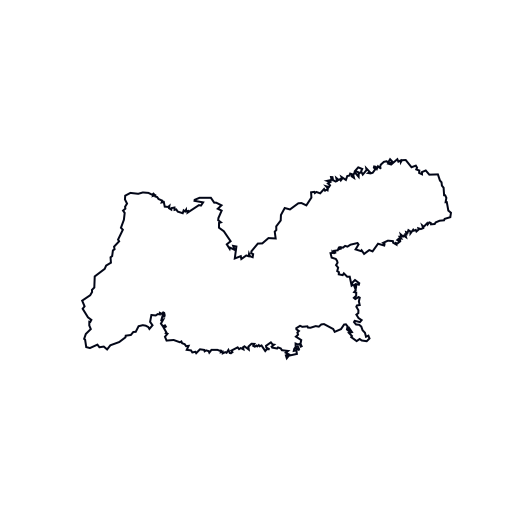 Alfred Nzo, Eastern Cape, South Africa, rotated 308°
{"feature_id": "47623444B30321887561170", "entity_name": "Alfred Nzo", "entity_type": "district", "adm_level": 2, "iso_a3": "ZAF", "parent_name": "South Africa", "parent_adm1": "Eastern Cape", "projection": "natural_earth1", "projection_center": [29.551, -30.65], "detail": "fine", "context": "isolated", "style": "outline", "palette": "ink", "viewbox_px": 512, "rotation_deg": 308, "n_neighbors": 0, "source": "geoboundaries", "source_scale": "gbopen_adm2", "svg_char_len": 6154}
<svg xmlns="http://www.w3.org/2000/svg" viewBox="0 0 512 512"><g transform="rotate(308 256 256)"><path d="M323.6,256.9L313.6,254.1L311.5,249.1L303.7,250.4L299.2,253.6L291.8,253.7L289.0,256.0L286.7,255.8L281.9,260.7L277.8,254.8L269.8,253.2L266.9,249.8L256.9,249.5L255.2,250.5L255.7,252.6L253.0,254.1L252.1,251.4L253.4,249.2L251.3,250.4L250.4,248.0L244.6,246.3L246.5,244.1L241.0,240.8L251.4,234.7L249.9,231.8L247.7,235.4L246.6,230.4L245.4,230.9L247.2,225.8L252.0,226.9L255.7,215.4L255.5,209.4L259.3,206.5L260.9,207.6L260.9,204.2L262.8,203.0L270.6,201.0L269.7,196.8L274.7,197.6L273.5,191.8L272.3,190.2L274.1,184.6L267.0,175.6L262.5,173.1L261.6,173.6L265.7,181.3L261.9,181.6L260.9,179.7L248.1,175.4L249.5,174.6L248.2,173.5L249.4,172.4L247.4,172.6L247.4,170.9L244.6,171.9L242.8,167.0L243.6,164.4L242.2,163.4L244.0,161.9L241.7,159.9L240.4,160.7L240.1,158.0L242.1,156.9L240.6,156.6L238.7,153.7L241.8,150.1L240.1,148.7L241.9,148.1L240.9,144.1L241.6,141.8L240.9,140.1L241.8,139.3L240.4,138.2L241.7,138.2L242.0,136.8L240.3,136.4L239.5,132.4L236.4,127.7L232.5,124.9L228.4,118.2L223.0,115.8L219.9,117.9L217.9,122.1L214.2,122.5L212.9,123.9L209.9,123.3L209.1,126.0L203.2,129.6L195.1,132.2L194.7,134.9L184.0,137.2L183.3,139.1L176.0,138.4L174.2,140.4L172.3,139.8L167.4,142.7L165.4,142.2L161.4,145.8L156.2,143.8L152.7,144.7L140.6,141.5L131.6,148.0L128.3,147.6L126.7,149.0L123.0,149.5L113.8,146.5L110.8,151.9L107.7,151.9L104.2,161.4L104.3,165.6L102.0,166.0L101.6,165.1L98.6,167.4L96.7,170.8L89.8,169.9L84.9,171.6L84.8,172.9L79.7,178.3L81.2,181.8L88.5,185.6L87.7,188.8L90.9,191.8L90.7,196.2L96.0,196.2L104.0,201.2L111.5,203.2L113.0,202.4L116.7,206.0L120.6,206.1L122.2,207.9L128.4,206.7L131.8,209.4L133.2,212.0L133.7,214.9L132.9,216.9L137.7,217.1L138.9,213.1L145.1,209.9L147.4,213.6L149.7,214.3L150.8,216.2L152.0,215.3L152.4,217.5L154.4,217.6L154.6,218.7L153.1,220.5L151.1,221.4L153.7,218.2L147.4,220.8L148.9,222.0L144.2,222.7L143.3,225.8L145.3,227.0L144.8,228.4L142.6,227.5L140.6,232.4L139.7,232.4L140.2,234.1L136.3,234.0L134.3,237.6L139.1,242.8L141.2,249.2L142.7,249.8L141.8,251.5L142.6,254.1L141.9,256.4L143.7,258.2L139.4,259.2L141.6,262.9L140.8,265.2L143.2,267.2L142.6,268.7L148.0,269.3L150.1,273.0L149.3,274.2L150.9,274.8L151.9,277.3L151.1,278.7L154.6,278.7L158.3,283.4L159.3,286.7L160.7,286.4L158.5,287.5L160.1,288.6L158.8,289.7L161.3,291.0L161.6,292.4L165.0,292.1L163.4,295.0L163.9,296.1L165.7,296.6L166.2,294.8L172.7,297.8L172.2,300.0L174.1,300.7L174.7,303.6L176.1,302.0L177.7,302.5L177.8,307.9L179.9,305.8L184.1,306.5L185.7,308.8L183.5,309.1L183.8,310.9L185.6,311.4L185.5,312.6L187.5,313.0L187.1,314.5L188.9,315.4L186.8,321.8L189.3,321.9L190.8,324.1L190.2,320.5L191.4,319.2L197.1,320.9L196.5,323.5L197.2,324.8L194.2,324.1L193.8,325.2L196.1,329.6L197.5,329.6L198.4,332.4L197.7,334.4L200.9,339.7L198.1,339.0L198.7,342.4L196.1,340.7L194.4,343.2L197.6,343.2L204.0,348.5L206.5,345.9L204.5,344.2L206.4,343.3L207.5,343.3L208.4,347.4L209.1,347.3L210.4,344.7L208.8,343.2L211.4,341.1L212.1,343.5L213.6,344.5L212.2,347.1L213.0,347.5L214.2,345.1L217.6,343.4L217.0,337.1L219.9,337.6L221.2,335.7L223.3,336.0L223.1,333.0L223.9,332.2L228.1,333.7L228.7,336.1L232.2,339.8L231.6,341.0L233.0,343.1L237.5,346.2L239.0,349.0L242.3,349.6L244.2,351.5L246.0,361.8L244.7,364.7L250.7,368.0L256.2,367.6L257.5,368.9L256.9,371.5L254.1,372.9L254.0,375.7L257.0,372.5L255.1,378.5L252.6,376.6L252.0,380.9L250.7,381.0L250.9,387.7L254.4,388.8L254.5,391.3L257.0,395.7L260.9,396.2L262.4,393.6L260.1,392.4L262.6,389.1L263.1,385.7L265.2,382.4L265.3,379.6L263.6,377.0L264.3,373.9L265.7,373.7L267.9,378.6L270.5,378.7L270.2,375.0L271.6,371.2L274.0,371.8L276.3,370.1L277.8,366.3L279.2,366.0L281.2,367.9L283.6,365.0L287.0,363.4L286.8,362.1L283.2,360.7L283.3,358.9L286.3,359.4L288.9,357.5L288.0,355.6L290.6,355.6L293.2,351.3L294.4,351.6L293.8,353.5L295.5,352.3L296.7,354.7L298.1,354.1L298.0,348.8L293.4,348.2L292.9,350.0L291.5,349.6L297.4,342.6L295.8,340.6L296.4,335.9L294.3,336.1L292.5,332.5L294.3,331.3L294.1,329.3L297.4,327.9L298.1,324.7L300.9,324.4L302.0,323.0L302.8,320.7L301.3,316.6L304.1,313.0L305.4,314.3L306.5,313.5L306.3,315.8L307.4,316.4L308.3,314.5L310.8,316.9L314.4,315.9L312.7,317.4L314.0,318.3L315.0,317.2L316.1,319.4L318.8,320.0L319.7,322.3L323.1,323.5L328.7,328.0L328.2,329.7L322.5,330.4L324.5,335.7L325.5,335.7L324.2,339.9L330.4,341.6L331.4,345.0L340.8,344.6L343.2,350.6L344.6,349.9L344.6,348.1L349.3,350.5L352.0,354.7L350.9,355.9L351.4,359.5L352.4,358.4L352.8,359.7L356.4,360.6L357.1,359.8L355.7,359.1L355.6,357.5L357.8,357.9L359.1,359.7L359.7,357.3L360.8,358.5L362.1,356.8L361.9,359.9L363.0,360.0L363.2,362.6L364.9,360.3L365.7,361.3L367.2,359.6L367.6,361.1L370.2,360.2L370.4,362.6L368.9,363.8L373.5,363.7L373.1,364.8L374.9,365.8L374.1,367.3L377.0,367.9L377.8,366.9L378.7,369.3L380.9,370.6L382.4,368.3L382.3,370.2L387.2,370.7L386.5,371.9L389.2,371.9L389.6,373.4L388.7,374.4L391.2,377.1L393.1,376.9L396.9,379.0L399.9,382.2L401.4,381.8L406.2,385.2L410.1,383.0L410.2,379.6L415.9,373.2L415.1,372.3L419.0,370.2L420.3,367.7L419.7,366.8L425.3,361.8L425.9,359.2L428.3,356.8L428.7,354.5L432.3,349.1L426.8,342.5L427.9,337.1L424.3,335.1L422.6,336.5L421.9,333.4L423.9,332.1L422.9,329.0L424.8,328.5L425.6,326.3L421.7,323.9L423.8,314.9L421.3,312.0L419.2,312.3L420.4,311.2L418.0,310.1L419.3,307.8L411.3,306.2L410.4,303.9L414.3,305.4L414.8,302.1L410.8,302.6L411.1,300.6L408.9,298.8L404.8,298.1L402.4,299.0L401.7,300.7L401.8,296.9L399.1,297.6L400.0,295.4L399.3,294.0L398.2,294.5L398.0,296.6L393.4,296.7L391.6,295.4L390.5,293.4L392.2,293.9L393.0,288.9L391.8,290.2L385.9,290.0L387.4,286.7L390.0,286.1L388.8,282.0L384.1,281.7L385.4,286.7L384.1,286.2L381.6,288.1L382.8,282.2L379.6,282.9L377.9,285.1L377.7,282.5L379.6,281.4L378.9,279.5L377.0,280.2L375.2,278.7L371.3,280.0L370.9,274.7L369.9,276.3L367.8,276.3L368.4,275.0L366.8,274.3L366.9,271.3L365.0,273.6L363.7,272.9L363.2,270.0L365.2,267.7L364.4,266.5L362.5,268.7L359.0,265.8L360.0,269.0L357.5,268.0L357.3,270.8L355.2,271.0L354.1,268.3L353.6,271.0L351.9,271.9L351.9,270.9L350.0,270.2L350.7,268.4L344.9,268.0L343.6,264.1L341.8,263.6L342.4,262.4L340.1,260.2L336.1,263.7L326.9,264.5L325.7,259.2L323.6,256.9Z" fill="none" stroke="#020617" stroke-width="2"/></g></svg>